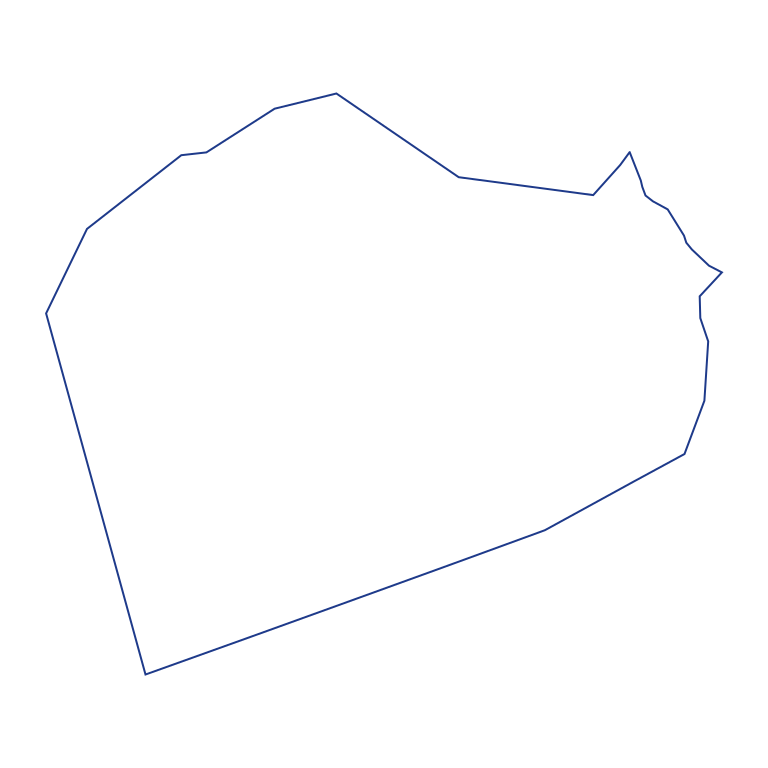 map outline of Ash Sharqiyah North (Albers equal-area conic projection)
{"feature_id": "OMN-5496", "entity_name": "Ash Sharqiyah North", "entity_type": "Region", "adm_level": 1, "iso_a3": "OMN", "parent_name": "Oman", "parent_adm1": "", "projection": "albers", "projection_center": [59.003, 22.366], "detail": "fine", "context": "isolated", "style": "outline", "palette": "blue", "viewbox_px": 768, "rotation_deg": 0, "n_neighbors": 0, "source": "natural_earth", "source_scale": "10m", "svg_char_len": 520}
<svg xmlns="http://www.w3.org/2000/svg" viewBox="0 0 768 768"><path d="M629.7,152.2L640.8,180.5L642.3,186.9L645.5,195.5L652.9,201.3L667.7,209.4L684.0,235.6L686.3,242.7L691.9,249.5L709.0,265.7L721.9,272.4L699.7,296.3L700.3,318.1L708.2,341.4L704.4,400.7L684.5,454.0L634.0,481.4L544.9,530.2L453.1,563.7L356.4,598.7L251.9,636.4L145.5,674.5L46.1,313.4L87.0,228.9L181.3,155.2L206.4,152.4L274.6,108.7L336.4,93.5L458.7,177.2L593.2,195.1L620.2,165.0L629.6,152.2L629.7,152.2Z" fill="none" stroke="#1e3a8a" stroke-width="2"/></svg>